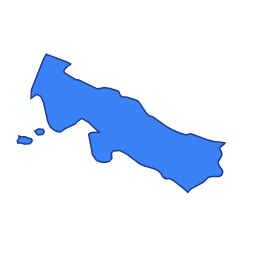 an SVG outline of La Unión, rotated 107°
{"feature_id": "SLV-1350", "entity_name": "La Unión", "entity_type": "Department", "adm_level": 1, "iso_a3": "SLV", "parent_name": "El Salvador", "parent_adm1": "", "projection": "natural_earth1", "projection_center": [-87.879, 13.537], "detail": "fine", "context": "isolated", "style": "filled", "palette": "blue", "viewbox_px": 256, "rotation_deg": 107, "n_neighbors": 0, "source": "natural_earth", "source_scale": "10m", "svg_char_len": 1816}
<svg xmlns="http://www.w3.org/2000/svg" viewBox="0 0 256 256"><g transform="rotate(107 128 128)"><path d="M145.4,24.5L147.6,26.4L149.9,33.6L151.8,36.9L153.0,37.7L156.3,39.2L157.7,40.0L161.4,43.7L168.0,50.2L172.1,52.0L170.0,56.0L165.3,68.4L164.1,72.9L165.6,77.4L164.5,80.4L162.1,82.9L160.1,86.3L159.3,91.1L159.5,101.2L158.9,106.2L153.3,121.7L151.9,129.2L154.4,135.5L156.8,136.5L161.8,134.6L165.2,136.1L167.0,138.5L168.2,141.8L168.6,145.4L168.0,148.9L164.0,154.1L145.6,163.7L145.4,163.7L143.6,162.5L142.4,160.2L140.6,154.3L134.1,167.4L132.3,175.0L136.6,178.4L139.4,179.6L147.2,188.1L151.6,191.5L152.0,193.1L152.0,196.4L150.0,202.3L145.4,206.5L128.0,216.4L123.3,220.7L122.5,225.1L127.9,229.4L119.6,231.5L87.4,229.0L81.4,227.7L82.7,206.3L83.0,204.1L83.6,201.5L84.1,201.7L86.1,203.3L88.1,204.7L90.5,205.7L91.3,205.9L92.1,205.9L93.2,205.5L93.7,204.9L96.8,193.5L96.9,191.8L96.6,190.2L96.5,189.1L99.5,169.4L99.4,168.7L99.2,168.0L98.9,167.4L96.7,163.4L96.4,162.8L96.2,162.1L95.5,157.2L95.4,150.2L95.6,148.5L96.0,147.4L96.4,147.0L97.4,146.3L98.1,145.8L98.7,145.2L99.6,144.0L99.8,143.0L99.8,142.1L98.9,138.2L98.8,129.9L99.3,126.5L100.8,124.1L108.1,115.3L109.8,112.3L110.2,107.2L115.5,91.4L116.9,84.1L117.6,77.7L117.7,72.5L117.5,70.8L117.3,70.1L117.1,69.5L116.7,68.9L115.7,67.3L115.4,66.8L115.2,66.0L115.2,65.1L116.1,48.5L115.7,40.8L114.7,36.3L113.9,31.0L115.2,31.3L118.7,33.8L120.3,34.4L121.4,33.8L124.4,31.1L126.2,30.4L128.5,30.6L133.1,31.7L135.3,31.5L137.6,29.7L139.5,26.9L141.9,24.6L145.4,24.5ZM166.8,220.7L166.6,217.2L168.3,215.8L171.6,217.0L173.6,222.1L173.7,226.2L174.6,229.0L172.6,230.2L169.6,229.0L167.6,230.1L167.6,227.1L166.4,224.1L166.8,220.7ZM157.6,207.1L159.4,208.3L161.0,212.3L159.6,214.6L158.1,216.3L155.0,213.2L154.2,208.8L155.6,207.3L157.6,207.1Z" fill="#3b82f6" stroke="#1e3a8a" stroke-width="1.5"/></g></svg>